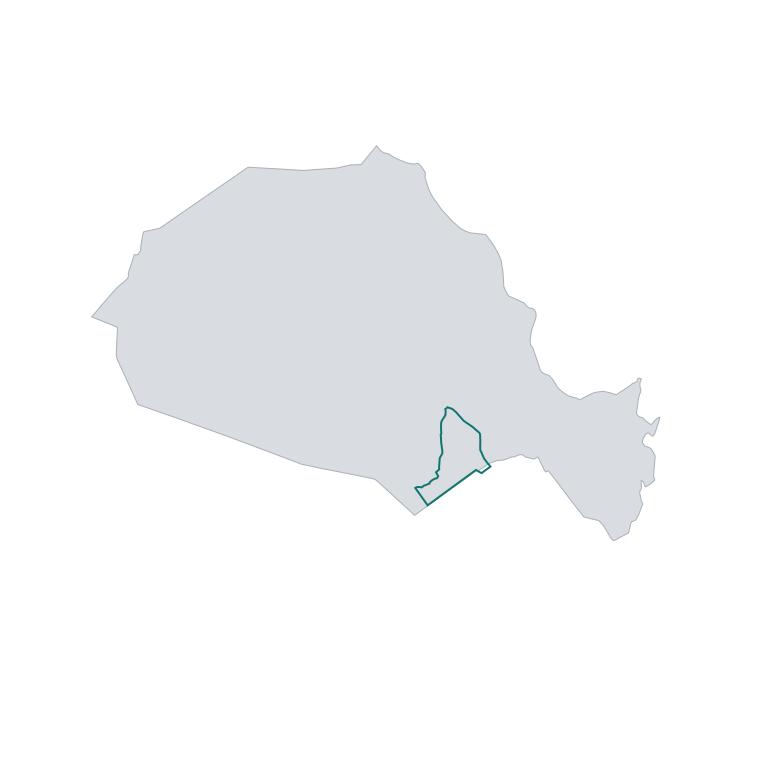 Tassara, Tahoua, Niger shown in context, rotated 234°
{"feature_id": "23599985B43997741220428", "entity_name": "Tassara", "entity_type": "district", "adm_level": 2, "iso_a3": "NER", "parent_name": "Niger", "parent_adm1": "Tahoua", "projection": "orthographic", "projection_center": [5.154, 17.489], "detail": "fine", "context": "in_parent", "style": "outline", "palette": "teal", "viewbox_px": 768, "rotation_deg": 234, "n_neighbors": 0, "source": "geoboundaries", "source_scale": "gbopen_adm2", "svg_char_len": 3996}
<svg xmlns="http://www.w3.org/2000/svg" viewBox="0 0 768 768"><g transform="rotate(234 384 384)"><path d="M581.1,518.0L575.0,518.3L571.5,519.6L567.2,523.2L562.3,524.8L556.3,528.1L552.6,530.6L549.1,532.7L544.2,537.6L542.7,541.2L537.8,542.1L530.9,541.7L526.4,538.3L516.1,534.9L509.5,533.6L506.4,533.3L490.9,533.1L474.3,535.1L465.9,537.1L464.4,537.5L459.6,539.9L455.7,542.5L445.1,554.2L430.8,554.2L422.3,553.1L415.2,551.4L404.9,546.2L392.4,538.2L387.6,537.2L383.2,536.6L381.8,536.7L367.0,545.1L364.1,545.0L360.6,545.9L358.3,548.0L356.6,549.0L354.9,549.2L352.5,548.8L350.2,547.5L347.9,545.3L341.7,536.2L340.4,534.7L337.8,532.0L333.4,527.8L330.4,525.9L328.6,525.4L326.4,525.8L314.5,522.2L302.5,518.4L299.9,518.9L298.0,519.7L293.9,522.5L289.1,523.1L282.9,522.8L279.5,522.4L274.0,523.4L270.4,524.5L265.6,526.4L259.4,531.5L257.7,532.2L256.2,533.0L254.0,547.3L252.3,551.5L249.2,557.2L243.0,562.5L238.7,565.7L238.6,570.1L238.2,577.3L238.1,582.3L238.4,585.5L237.7,587.0L237.4,588.4L237.6,590.5L238.6,591.5L239.2,592.9L238.8,593.9L236.8,595.2L234.6,591.9L231.7,589.6L228.6,588.6L226.5,586.9L225.4,584.6L221.4,580.1L212.1,571.2L211.1,571.0L209.5,570.6L206.9,571.6L205.2,573.1L204.1,573.6L202.3,573.7L197.9,574.7L194.3,576.1L194.2,577.3L195.8,584.0L195.0,587.6L193.4,585.9L188.3,579.1L184.8,574.0L184.2,572.9L183.7,571.2L184.0,570.4L185.5,569.9L188.7,569.3L189.3,568.8L189.5,567.4L189.0,564.9L187.3,561.4L185.4,559.0L184.4,558.6L182.4,558.5L180.3,558.7L176.3,561.5L174.5,562.0L170.4,561.7L166.7,561.1L164.5,559.6L158.0,553.8L150.8,547.8L147.7,546.9L147.0,546.3L146.6,541.7L146.8,536.3L147.3,534.9L150.3,535.8L153.5,536.2L154.6,535.3L152.0,533.3L148.3,531.2L147.0,528.2L145.9,527.2L144.3,526.1L142.4,525.5L140.5,524.6L139.2,523.7L137.0,523.3L134.7,522.6L131.5,517.7L128.4,512.9L126.6,509.2L126.0,506.9L127.0,503.2L126.1,501.7L122.6,497.7L119.7,494.1L120.6,488.6L121.3,484.0L121.4,481.1L121.9,479.5L122.3,477.6L124.3,477.1L129.3,477.3L139.0,478.3L146.9,477.6L147.3,477.4L152.9,472.6L159.1,467.5L168.3,467.2L178.2,466.9L186.0,466.7L197.4,466.5L206.6,466.3L217.3,466.0L217.6,463.6L218.3,463.1L219.3,463.0L227.1,464.3L234.5,465.6L235.1,461.2L241.6,455.6L245.2,454.5L246.1,453.5L247.3,451.6L248.0,448.7L248.4,446.6L249.7,444.9L250.7,441.7L252.1,436.1L255.7,430.3L257.9,422.4L258.2,414.7L258.6,408.8L259.7,407.7L259.7,397.3L259.7,386.9L259.8,378.1L259.8,367.1L259.8,357.5L259.8,347.1L259.8,337.7L259.8,331.5L267.2,330.1L274.7,328.6L285.8,326.3L297.7,323.9L310.8,321.2L313.7,319.6L323.5,310.6L327.9,306.6L336.6,298.5L343.4,292.2L351.9,284.2L360.9,276.2L368.0,269.8L379.3,262.5L396.2,251.4L413.0,240.3L429.7,229.2L446.4,218.0L462.9,206.7L479.4,195.5L495.7,184.2L512.0,172.8L529.0,176.3L545.2,179.6L561.5,182.8L565.4,184.8L574.4,192.0L585.9,201.3L586.4,201.5L586.9,201.5L597.0,195.2L610.1,187.0L615.0,207.1L618.9,224.5L619.8,235.7L620.1,238.6L621.3,240.5L624.0,242.3L635.3,257.9L633.3,260.9L635.1,265.8L637.9,267.8L647.0,276.9L648.3,278.8L647.9,280.3L642.7,292.0L641.8,294.8L641.5,309.4L641.3,319.6L640.9,333.7L640.5,350.6L640.2,364.8L639.7,383.6L639.3,401.4L631.0,411.6L616.2,429.7L604.1,444.3L598.1,454.1L586.3,473.0L581.2,485.1L577.0,491.5L574.9,494.3L577.2,502.9L581.1,518.0Z" fill="#d9dde1" stroke="#a8b0b8" stroke-width="1"/><path d="M297.0,430.5L307.2,426.9L313.8,426.2L318.9,425.7L323.7,424.6L325.0,423.7L327.9,421.6L327.7,420.4L327.7,418.9L325.3,417.6L322.7,415.3L321.1,411.3L320.0,408.6L318.4,406.9L315.0,404.4L313.1,403.1L310.3,401.3L309.6,400.0L306.9,398.4L302.6,395.6L296.1,392.2L293.6,390.4L291.3,385.6L290.3,384.7L284.5,379.8L282.5,378.5L282.0,374.2L277.6,373.7L276.6,371.5L277.6,369.3L277.9,366.2L277.6,363.2L276.7,362.4L278.3,356.4L278.2,353.7L280.1,351.9L281.2,350.1L281.5,348.2L260.2,348.0L260.3,367.1L260.4,407.9L254.6,410.5L254.6,421.5L256.9,421.5L259.2,421.2L265.2,421.2L270.3,422.4L273.8,423.0L275.0,423.8L276.9,425.1L279.4,427.0L282.4,429.3L283.7,429.9L284.4,430.6L286.3,431.8L287.7,432.4L288.5,432.4L289.8,432.2L291.5,431.7L297.0,430.5Z" fill="none" stroke="#0f766e" stroke-width="2"/></g></svg>